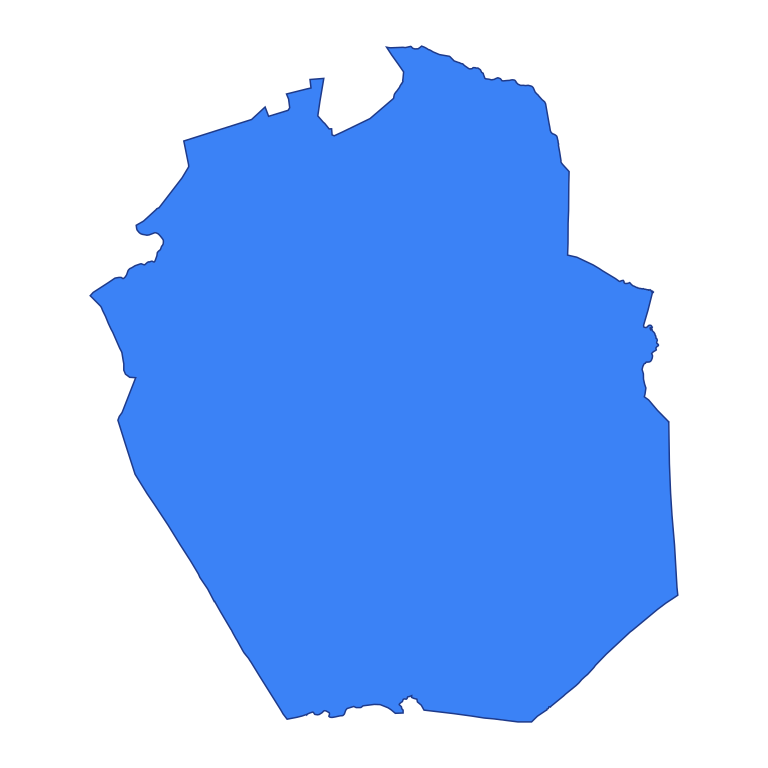 the district of Blomes pag., Smiltenes, Latvia
{"feature_id": "27541924B40520684233184", "entity_name": "Blomes pag.", "entity_type": "district", "adm_level": 2, "iso_a3": "LVA", "parent_name": "Latvia", "parent_adm1": "Smiltenes", "projection": "albers", "projection_center": [25.744, 57.45], "detail": "fine", "context": "isolated", "style": "filled", "palette": "blue", "viewbox_px": 768, "rotation_deg": 0, "n_neighbors": 0, "source": "geoboundaries", "source_scale": "gbopen_adm2", "svg_char_len": 6022}
<svg xmlns="http://www.w3.org/2000/svg" viewBox="0 0 768 768"><path d="M128.1,270.5L126.6,274.8L125.4,276.7L124.4,277.8L123.4,278.5L122.7,278.5L121.8,277.8L121.1,277.4L119.0,277.4L115.0,278.1L108.5,282.5L93.2,292.4L90.2,295.7L100.7,306.3L101.6,307.9L102.6,310.5L105.6,316.6L108.3,323.3L111.0,329.1L112.7,332.2L119.7,348.2L121.4,351.4L121.9,352.6L123.2,360.6L123.8,363.9L123.8,370.2L125.5,374.2L129.7,377.3L135.7,377.7L122.1,412.5L119.3,416.4L117.9,420.2L125.2,443.5L135.1,474.3L147.1,493.7L154.0,503.8L168.3,525.5L180.2,544.8L190.5,560.8L198.4,574.0L199.9,577.5L207.7,589.0L214.2,601.5L214.6,601.3L220.7,612.1L230.8,629.2L231.3,629.8L233.1,633.4L236.2,639.0L236.9,640.0L242.9,650.9L244.4,653.3L244.8,653.5L244.9,653.9L248.6,658.4L249.6,660.1L251.1,662.3L260.0,676.8L280.7,709.8L283.1,714.0L287.1,719.2L296.9,717.3L302.1,716.0L306.4,714.5L306.7,715.0L307.7,713.9L309.8,713.0L312.5,712.1L313.1,712.2L313.7,712.8L314.6,714.2L314.9,714.4L317.5,714.8L319.2,714.5L322.1,712.7L323.7,711.0L324.5,710.7L326.0,710.9L329.2,712.7L329.4,713.1L329.5,714.3L328.9,716.0L328.9,716.4L329.8,717.1L331.1,717.4L332.4,717.4L335.3,716.9L338.0,716.3L340.3,715.8L342.2,715.7L343.1,715.4L344.4,714.0L345.7,710.3L346.7,709.0L347.2,708.5L353.6,706.5L353.9,706.5L356.2,707.6L360.2,707.6L361.1,707.4L363.1,705.8L374.3,704.4L380.2,704.6L388.1,707.8L391.1,709.8L395.3,713.3L403.1,713.0L403.1,710.3L403.0,710.0L402.7,709.6L402.1,709.1L401.8,708.6L401.4,706.7L399.2,704.7L399.5,703.8L401.4,702.2L402.4,701.6L402.7,700.6L403.3,699.3L404.5,698.9L406.2,699.2L407.1,698.5L407.6,696.9L409.5,696.5L411.7,695.6L411.6,697.4L413.8,698.4L416.9,699.2L417.4,701.9L421.3,705.2L424.0,710.1L453.7,713.6L472.0,716.1L484.1,718.0L494.0,718.9L517.8,721.9L531.6,721.9L537.4,716.2L545.7,710.6L546.8,710.0L547.0,709.1L548.1,708.6L548.6,707.9L548.8,706.9L549.3,706.7L550.5,707.0L550.7,706.5L563.5,696.0L565.4,694.2L575.9,685.7L578.9,682.9L581.7,679.6L584.6,676.9L587.8,674.2L593.9,667.5L595.4,665.4L606.1,654.3L630.1,632.0L632.6,630.1L657.4,609.5L665.6,603.3L677.8,595.2L677.0,587.6L674.5,544.7L672.0,515.3L670.6,493.3L669.4,463.8L668.8,423.6L668.6,422.3L668.9,422.0L657.5,410.4L648.6,399.9L644.3,396.8L645.0,394.2L645.9,388.0L644.6,384.1L643.5,379.1L643.4,373.8L642.1,369.5L642.9,366.1L643.1,366.0L643.9,364.2L644.4,363.6L645.4,363.3L645.7,362.7L646.2,362.1L648.0,362.1L649.5,361.9L650.6,361.3L651.5,360.0L652.2,358.2L652.5,356.5L652.5,355.5L651.6,353.5L653.4,351.7L655.5,350.5L656.3,349.9L655.9,348.1L656.4,347.2L657.1,346.5L657.8,346.1L658.4,345.5L658.4,344.8L657.7,343.9L657.1,343.6L656.7,343.0L656.7,342.1L657.3,340.3L657.2,339.8L656.9,339.0L656.6,338.5L656.1,338.4L655.7,335.9L655.1,335.0L654.8,333.6L654.0,332.4L652.2,330.6L652.2,329.8L651.7,329.6L651.5,329.4L650.6,329.8L650.1,328.1L650.3,327.7L650.9,327.8L651.1,328.7L651.5,328.7L651.9,328.3L652.0,327.8L652.3,327.2L652.0,327.0L651.7,326.2L651.0,325.4L650.1,325.2L649.0,325.3L648.2,325.9L647.0,327.1L646.0,327.6L644.1,327.2L643.8,326.8L643.6,325.8L643.7,324.9L648.0,310.2L652.2,293.6L652.2,292.8L652.6,292.5L653.2,292.5L653.4,292.1L652.8,291.7L652.8,291.4L652.3,291.1L651.5,291.5L651.3,291.3L651.1,290.5L650.0,289.7L649.3,290.1L648.6,290.2L648.4,289.8L646.9,289.7L645.8,289.3L644.3,289.2L643.7,288.8L643.1,288.6L642.4,288.9L640.3,288.4L639.6,288.5L639.2,288.4L638.9,288.1L638.0,288.0L637.2,287.7L637.0,287.4L636.3,287.4L634.4,286.3L633.1,285.9L631.5,284.6L629.7,282.6L628.9,283.0L627.5,283.4L625.9,283.5L624.9,283.4L624.3,282.9L624.0,282.3L624.0,281.5L623.3,280.4L622.2,280.5L620.4,281.1L619.9,281.5L618.9,281.1L615.5,278.6L602.4,270.7L599.3,268.6L593.1,264.9L576.8,257.2L567.6,255.1L568.0,243.1L568.1,223.2L568.6,210.7L568.8,184.0L569.1,171.6L562.5,164.3L561.3,162.7L560.9,161.7L561.0,160.7L559.6,151.8L558.4,145.2L558.6,144.1L558.0,142.0L558.1,141.1L557.7,139.9L557.1,137.1L556.7,136.1L555.4,135.0L553.9,134.2L552.5,133.7L551.1,132.4L550.3,130.5L549.7,126.7L549.0,123.2L545.6,103.8L544.6,101.8L542.0,99.6L538.9,96.1L537.9,94.8L536.7,93.8L535.1,92.0L533.4,88.0L532.6,87.0L531.9,86.4L530.9,86.0L528.2,85.3L525.6,85.6L523.3,85.3L520.7,85.4L518.0,84.2L517.0,83.1L516.4,82.7L516.2,82.4L516.1,81.8L515.1,80.5L514.5,80.1L512.8,79.8L511.3,79.9L509.4,80.4L507.1,80.5L503.3,80.9L501.9,80.7L501.1,79.5L500.4,78.7L498.4,77.9L497.6,77.8L495.2,78.8L494.3,79.4L492.7,79.6L492.2,79.8L491.3,79.8L489.0,79.2L485.7,78.8L484.7,78.1L484.6,77.9L484.6,77.5L483.4,74.3L483.2,73.3L481.7,72.4L480.4,69.8L478.1,68.1L477.1,68.0L476.1,68.1L475.3,67.7L473.4,67.6L473.0,67.7L472.3,68.5L471.8,68.7L469.8,68.9L468.8,68.6L464.1,65.3L463.4,64.4L462.5,63.8L460.9,63.5L459.5,62.7L458.5,62.5L454.1,60.9L450.1,56.8L449.4,56.3L439.5,54.6L433.1,51.9L430.8,50.5L429.4,49.8L428.6,49.7L426.5,48.3L424.2,47.1L421.6,46.1L419.7,47.7L418.0,48.8L414.8,48.9L412.6,48.2L411.3,46.7L410.7,46.4L405.3,47.6L403.0,47.3L390.7,47.8L388.7,47.6L386.6,47.2L391.6,54.9L398.4,64.4L403.6,71.9L403.0,78.5L402.7,80.6L403.0,81.3L402.6,82.0L402.4,82.7L401.6,83.3L401.5,84.1L401.1,84.3L400.0,86.1L399.6,87.2L396.7,91.2L396.0,91.9L394.8,93.6L394.3,94.6L393.8,97.0L393.7,98.0L393.1,98.8L370.0,118.6L342.6,131.9L334.2,135.8L332.1,134.9L331.6,128.8L329.1,128.9L324.8,123.5L323.2,122.1L317.8,115.9L319.9,101.5L323.8,78.4L310.0,79.5L311.0,88.0L306.9,88.9L286.5,94.0L288.6,99.1L289.7,107.8L288.1,110.3L268.6,116.3L265.1,107.0L251.6,119.5L183.8,141.0L188.6,164.8L188.7,166.8L182.1,177.8L159.1,207.7L156.7,208.8L156.1,209.6L143.5,221.1L136.2,225.3L136.7,228.9L137.2,230.2L139.2,232.6L140.5,233.6L141.4,234.0L142.6,234.4L145.0,234.8L146.9,235.2L149.1,234.9L154.9,232.7L156.3,232.9L158.1,233.8L158.8,234.4L160.3,236.0L162.5,238.8L163.0,239.6L163.3,240.1L163.4,241.8L163.2,243.8L162.9,244.5L162.6,245.1L161.7,246.2L161.4,246.8L160.6,249.1L160.2,249.8L158.7,251.0L157.5,252.3L157.3,252.7L156.9,255.7L155.6,259.4L155.1,260.7L154.6,261.6L154.1,262.0L153.3,261.8L152.2,261.2L151.4,261.2L149.6,261.9L148.4,261.9L147.4,262.4L144.9,264.6L144.7,264.8L143.7,264.7L141.4,263.8L140.3,263.9L135.1,265.7L131.5,267.9L130.0,268.5L128.9,269.5L128.1,270.5Z" fill="#3b82f6" stroke="#1e3a8a" stroke-width="1.5"/></svg>